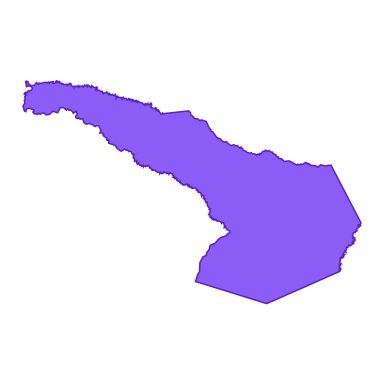 outline of Tambopata, Madre de Dios, Peru
{"feature_id": "86281439B97572959999904", "entity_name": "Tambopata", "entity_type": "district", "adm_level": 2, "iso_a3": "PER", "parent_name": "Peru", "parent_adm1": "Madre de Dios", "projection": "orthographic", "projection_center": [-70.427, -12.188], "detail": "fine", "context": "isolated", "style": "filled", "palette": "violet", "viewbox_px": 384, "rotation_deg": 0, "n_neighbors": 0, "source": "geoboundaries", "source_scale": "gbopen_adm2", "svg_char_len": 5886}
<svg xmlns="http://www.w3.org/2000/svg" viewBox="0 0 384 384"><path d="M24.4,111.0L25.8,111.7L26.6,109.0L28.7,108.3L33.4,109.5L34.1,110.6L33.0,111.7L33.1,112.7L34.7,113.8L37.5,114.3L38.7,113.4L40.4,114.3L41.6,113.0L43.7,112.9L46.1,114.9L49.6,114.3L52.8,111.2L57.7,112.8L60.3,107.6L63.7,107.7L66.3,110.1L67.5,109.0L69.1,110.3L70.3,109.9L72.4,111.5L73.3,113.3L76.1,111.2L77.3,114.3L75.6,116.3L75.9,117.8L77.5,118.6L79.2,118.1L80.1,119.2L82.7,118.8L83.9,122.5L86.2,124.2L88.9,123.5L91.9,124.3L95.1,126.6L96.7,125.6L98.6,125.7L101.0,130.5L99.8,133.1L102.3,132.8L103.8,134.7L103.1,135.1L104.0,136.4L106.7,137.9L106.4,139.6L107.5,140.4L108.8,140.2L108.7,143.2L115.4,145.5L116.8,148.0L120.2,150.8L121.3,151.2L124.4,149.3L125.8,150.1L126.9,149.8L128.7,151.5L129.0,151.0L131.5,151.9L131.7,153.3L133.0,154.1L132.5,154.1L133.2,154.9L133.4,158.1L134.4,158.2L134.6,161.4L136.9,160.6L136.5,162.9L137.3,163.8L138.1,163.3L137.8,164.0L138.5,163.7L139.7,165.3L141.3,165.4L141.6,166.3L143.0,165.5L143.4,166.8L143.8,165.8L145.1,166.6L145.7,165.6L146.8,166.4L148.7,165.5L149.9,168.1L150.6,167.8L151.5,169.3L152.3,169.4L152.1,170.3L155.4,170.3L156.2,171.8L159.7,172.6L159.8,173.5L160.4,172.4L161.4,173.6L163.0,173.4L162.8,172.7L164.1,172.0L164.9,172.8L166.8,172.6L166.7,173.5L168.7,173.5L168.9,174.3L169.8,173.0L172.5,173.8L172.3,174.9L173.3,175.3L173.6,176.9L173.0,177.3L174.0,177.7L174.2,177.1L174.8,178.6L176.3,177.2L175.8,178.6L176.8,178.6L177.0,180.3L177.7,180.0L178.1,181.2L179.0,180.7L179.5,181.7L180.1,181.5L179.8,182.6L181.1,183.0L181.0,183.7L182.3,183.6L183.0,185.1L185.0,184.7L184.9,183.8L185.3,184.9L186.9,184.0L187.6,185.5L188.8,185.0L188.5,186.4L189.5,185.9L190.0,187.4L191.1,186.8L191.4,187.7L192.1,187.7L191.7,187.0L192.2,187.5L192.3,188.5L194.8,187.9L196.1,188.5L196.3,189.8L196.9,189.3L197.4,190.3L198.1,189.8L197.5,191.0L198.4,191.2L198.2,192.3L200.8,192.8L201.5,196.0L201.9,194.9L203.7,195.8L203.3,198.1L204.1,198.1L204.2,199.1L204.7,198.6L205.8,202.4L207.1,202.0L207.3,205.6L208.3,206.5L207.7,207.0L208.7,206.8L209.3,208.5L210.1,208.6L209.2,209.6L210.1,210.1L210.1,211.9L208.6,214.6L209.9,215.1L209.9,217.0L211.2,218.0L211.6,217.4L211.8,218.7L212.9,219.4L213.0,218.5L213.7,218.7L213.9,220.0L215.6,219.3L215.5,220.1L217.1,220.4L217.2,221.3L218.3,220.9L220.7,221.9L221.7,223.4L222.1,222.5L223.7,222.8L224.2,225.3L224.9,225.6L224.4,226.8L225.0,226.4L226.1,226.8L224.9,226.8L224.8,227.6L225.8,227.3L226.7,229.4L230.0,231.3L229.9,232.6L227.6,233.6L226.3,235.7L220.9,237.5L218.3,239.4L215.0,243.4L210.2,245.2L209.2,249.4L206.9,252.5L206.0,255.4L202.9,256.9L200.0,262.4L199.5,271.6L197.7,274.5L195.5,281.5L266.7,303.6L339.9,271.3L340.3,269.9L339.5,269.6L340.8,269.1L340.6,268.2L339.5,268.8L339.3,265.2L341.0,265.8L339.8,265.0L340.5,264.2L339.5,264.0L341.0,263.8L339.7,263.1L340.7,258.8L340.1,258.3L341.3,257.2L342.0,258.0L343.5,257.1L342.9,255.7L343.9,255.6L343.1,254.4L344.1,254.3L343.1,253.8L344.5,252.0L346.1,252.4L345.1,250.6L346.4,250.0L346.5,247.3L347.9,247.5L348.7,245.0L350.0,246.0L353.7,243.2L352.3,242.7L354.0,241.6L353.1,241.1L355.2,240.0L354.5,238.7L353.7,239.1L354.5,238.2L353.0,238.4L353.4,237.2L352.5,235.5L353.3,233.3L354.1,232.4L355.1,232.6L356.3,230.2L356.6,231.1L357.1,230.8L356.5,229.5L357.2,228.1L358.9,227.4L358.2,225.0L359.8,224.9L360.1,226.0L360.7,225.8L360.2,224.5L361.0,222.9L331.0,165.2L327.2,165.5L326.6,166.2L320.6,164.8L317.4,167.3L315.7,165.7L310.4,165.3L310.1,164.4L308.2,163.5L307.8,164.1L306.1,162.5L301.7,164.6L300.9,164.0L298.9,165.2L297.7,164.2L296.6,164.9L289.2,160.9L284.1,161.4L281.5,158.8L278.5,158.4L278.5,157.0L276.4,156.3L275.6,154.4L273.1,153.9L272.7,152.2L270.4,151.9L269.1,150.5L267.1,151.5L266.4,150.4L265.2,150.3L264.4,151.4L262.7,151.4L261.1,153.8L260.1,153.4L259.7,154.9L258.4,154.0L256.5,155.0L255.2,154.0L252.3,153.9L251.3,152.7L249.9,153.3L246.9,152.3L245.7,151.1L243.3,150.4L242.4,148.2L241.2,148.4L241.0,147.2L239.7,148.0L237.4,145.5L235.2,145.8L234.1,144.7L230.7,145.6L226.3,141.7L225.1,142.2L222.7,141.3L221.1,140.3L220.9,139.2L216.8,137.5L213.0,132.1L210.9,130.9L210.8,129.4L209.3,128.2L206.2,121.4L201.3,119.9L199.8,120.7L197.9,118.8L194.5,118.5L192.4,115.9L190.8,115.1L190.6,112.9L188.6,110.9L163.1,113.7L163.0,113.3L162.5,113.1L162.7,114.0L160.7,114.0L158.3,109.8L157.7,110.0L158.4,111.8L157.4,110.5L156.0,110.5L156.6,108.2L155.5,107.7L154.7,108.5L153.4,108.5L150.5,107.1L151.8,105.1L151.4,103.2L150.2,103.4L150.3,104.7L148.0,104.3L147.2,105.3L147.6,103.6L146.0,104.9L146.0,103.8L145.3,103.5L144.2,105.0L142.1,102.8L140.7,102.9L138.6,101.4L137.3,102.4L137.0,100.6L136.2,100.5L135.3,102.0L135.5,100.6L134.2,101.1L133.2,99.9L132.3,101.2L132.2,99.7L130.1,99.1L129.7,100.2L128.7,99.3L129.2,98.2L127.3,100.0L126.1,98.3L124.0,98.8L123.4,97.2L122.2,97.7L121.9,99.1L120.6,97.4L118.1,97.2L117.8,96.3L116.3,98.1L116.6,96.3L115.6,95.8L115.3,94.4L113.8,95.6L112.3,94.3L111.5,95.0L110.2,94.3L109.2,94.9L109.3,93.3L107.3,93.5L106.8,91.9L105.7,92.8L103.4,92.9L103.1,94.2L102.3,91.3L101.0,91.6L98.9,90.2L97.2,90.5L97.0,88.9L95.9,89.8L96.4,88.2L97.3,87.8L96.7,87.0L96.0,87.7L93.6,87.3L91.7,85.7L91.4,87.3L88.4,85.3L87.6,86.7L86.8,84.9L85.7,86.0L84.6,85.1L83.2,87.1L82.2,85.8L80.8,86.5L79.6,86.0L78.9,87.3L78.1,85.6L77.3,86.6L74.9,86.1L74.1,87.4L74.1,86.8L71.5,85.7L71.0,83.9L70.1,84.0L69.9,83.3L67.2,85.5L66.9,84.2L63.5,84.7L63.0,83.8L62.0,84.1L61.7,83.3L59.7,82.8L59.5,81.7L58.6,82.3L57.8,81.3L57.4,81.8L56.1,80.4L56.8,82.3L55.5,82.0L55.5,82.8L53.4,83.6L52.8,82.9L53.2,81.7L52.1,82.0L52.1,81.1L51.6,82.1L49.3,82.2L49.3,83.2L48.0,82.2L47.4,82.9L45.8,82.3L45.4,83.1L45.4,82.5L43.7,82.5L42.0,83.4L39.5,83.1L38.7,84.1L38.5,83.2L37.3,83.6L36.3,82.6L34.5,85.4L30.5,85.4L28.5,83.6L28.4,82.2L26.7,81.2L25.6,81.5L26.5,86.6L29.6,85.8L32.0,87.3L32.3,88.7L30.9,90.4L27.9,91.1L27.0,92.7L26.2,92.4L25.9,93.2L25.3,92.5L24.1,94.0L26.0,95.2L24.8,96.5L25.1,99.4L24.3,100.6L24.9,102.9L23.0,106.1L24.4,111.0Z" fill="#8b5cf6" stroke="#5b21b6" stroke-width="1.5"/></svg>